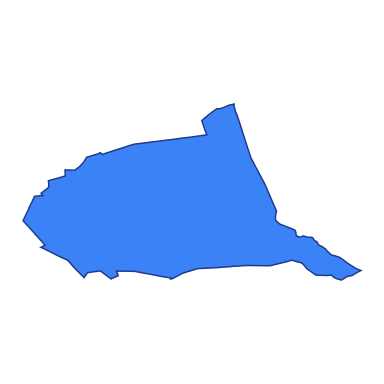 outline of Stružānu pag., Rezeknes, Latvia
{"feature_id": "27541924B41933638404830", "entity_name": "Stružānu pag.", "entity_type": "district", "adm_level": 2, "iso_a3": "LVA", "parent_name": "Latvia", "parent_adm1": "Rezeknes", "projection": "equal_earth", "projection_center": [27.216, 56.721], "detail": "fine", "context": "isolated", "style": "filled", "palette": "blue", "viewbox_px": 384, "rotation_deg": 0, "n_neighbors": 0, "source": "geoboundaries", "source_scale": "gbopen_adm2", "svg_char_len": 4401}
<svg xmlns="http://www.w3.org/2000/svg" viewBox="0 0 384 384"><path d="M234.0,103.9L232.5,104.5L232.4,104.5L231.0,104.7L228.7,105.3L227.1,106.0L226.3,106.4L226.2,106.4L225.6,106.7L225.2,106.9L224.6,107.1L224.0,107.3L223.0,107.7L221.9,108.1L221.3,108.3L220.8,108.4L220.3,108.6L220.0,108.7L219.9,108.7L217.2,108.9L216.6,108.8L208.9,114.5L201.8,120.6L203.3,125.0L204.7,129.4L205.8,132.2L206.9,134.8L195.7,136.4L190.1,137.2L187.5,137.5L185.3,137.7L175.5,139.0L172.9,139.4L168.6,139.9L164.3,140.4L162.9,140.6L152.1,142.0L151.6,142.0L138.2,143.7L134.8,144.1L133.6,144.3L133.3,144.4L132.8,144.5L123.6,147.5L119.5,148.8L117.6,149.4L115.1,150.2L106.6,153.0L106.3,153.1L103.8,153.9L102.2,154.5L102.0,154.3L100.5,152.6L98.1,153.8L95.7,154.5L93.4,155.2L88.6,156.7L86.8,157.1L83.4,162.6L81.7,164.1L80.5,165.8L74.8,170.2L73.8,170.2L68.7,170.0L65.3,169.9L65.1,169.9L65.2,176.0L59.9,177.5L58.2,178.0L54.6,179.0L52.3,179.7L51.7,179.8L50.2,180.2L49.1,180.5L48.7,180.6L48.4,180.7L48.6,182.7L48.7,183.8L48.8,184.8L48.7,185.1L48.5,187.6L46.1,189.4L45.2,190.1L41.3,193.1L41.2,193.1L41.1,193.4L41.1,193.6L42.9,195.5L34.5,196.3L32.4,201.0L31.2,203.3L29.2,207.5L29.0,207.8L28.2,210.0L27.3,211.8L26.7,213.2L25.8,215.0L25.0,216.6L24.3,218.1L23.7,219.3L23.3,220.1L23.3,220.3L23.1,220.7L23.9,221.6L25.4,223.3L26.1,224.1L27.1,225.1L28.2,226.4L28.7,226.9L29.7,228.0L30.6,229.0L32.1,230.7L33.2,231.9L33.9,232.6L34.5,233.4L35.8,234.9L37.6,236.8L40.7,240.3L41.8,241.4L45.0,245.2L43.7,245.9L42.7,246.4L41.4,247.1L40.9,247.3L41.1,247.4L48.4,250.9L54.6,254.1L60.8,257.1L67.6,260.2L74.3,267.7L75.4,268.9L83.2,276.7L83.4,276.9L84.1,277.6L86.6,274.0L87.5,272.8L88.4,272.6L92.0,272.0L99.7,271.0L99.9,271.0L100.3,270.9L104.2,273.8L108.9,277.3L111.0,278.9L111.1,278.7L112.2,278.3L118.2,275.8L116.6,271.1L127.7,271.2L131.9,271.3L133.6,271.3L134.2,271.4L134.4,271.4L134.9,271.4L135.1,271.4L135.5,271.5L139.9,272.4L141.6,272.7L142.7,272.9L143.6,273.1L150.2,274.2L152.2,274.6L152.8,274.7L153.1,274.8L154.2,275.0L154.4,275.0L154.5,275.1L156.6,275.5L157.4,275.7L157.9,275.8L167.1,277.4L171.2,278.1L170.7,279.0L170.9,279.0L171.4,278.9L172.6,278.6L173.7,278.0L175.6,277.0L182.2,273.5L182.4,273.4L182.8,273.2L184.2,272.8L185.4,272.4L188.4,271.4L190.7,270.8L191.2,270.6L192.1,270.3L192.9,270.1L193.8,269.8L195.4,269.4L197.7,268.7L198.1,268.6L206.2,268.2L207.7,268.1L208.3,268.1L208.5,268.1L211.4,267.9L214.4,267.8L215.1,267.7L215.5,267.7L216.6,267.7L217.1,267.7L218.1,267.5L219.3,267.4L220.8,267.3L229.9,266.7L231.6,266.6L232.3,266.3L236.4,266.2L236.9,266.2L237.0,266.2L239.3,266.0L240.0,265.9L240.3,265.9L243.9,265.6L245.7,265.5L247.4,265.5L250.3,265.5L251.5,265.5L255.8,265.6L264.3,265.7L266.6,265.7L268.7,265.7L268.9,265.7L270.5,265.7L275.2,264.5L284.7,262.2L285.8,262.0L289.3,260.9L289.8,260.7L291.7,260.2L291.9,260.2L292.8,260.5L298.6,262.2L301.1,262.7L301.3,263.0L302.4,263.3L302.8,263.9L304.4,265.7L306.8,268.7L315.9,275.1L320.9,275.3L321.0,275.3L323.1,275.4L326.3,275.5L331.6,275.2L333.9,277.4L336.7,278.7L339.7,279.5L341.4,280.1L347.2,276.5L350.5,275.8L351.5,275.7L352.5,275.2L353.1,275.0L354.2,274.2L355.3,273.5L356.0,273.1L361.0,270.5L356.1,268.6L355.6,268.3L350.4,265.0L349.1,264.2L344.3,260.7L342.0,258.9L339.4,257.3L335.6,256.0L331.3,254.9L327.0,250.9L326.3,250.1L325.3,248.8L323.7,247.7L322.9,247.2L321.0,246.0L319.7,245.6L319.4,245.4L318.2,244.4L317.5,242.7L317.0,241.9L316.3,241.4L315.4,241.0L314.8,240.8L314.1,240.1L313.8,239.5L312.8,237.8L311.2,237.3L310.2,237.2L308.0,237.2L306.8,236.9L305.8,236.8L305.4,236.7L304.8,236.4L304.7,236.3L303.4,235.9L300.7,237.0L298.9,236.9L298.3,236.7L297.6,236.4L297.0,235.9L296.4,235.3L295.9,234.2L295.8,233.6L295.9,233.0L296.0,232.5L295.7,231.9L295.4,231.1L295.0,230.4L294.6,230.0L293.9,229.7L293.3,229.4L291.8,228.8L291.1,228.5L290.3,228.1L289.9,228.0L289.5,227.8L289.1,227.7L288.7,227.5L288.3,227.4L288.0,227.3L287.7,227.2L287.3,227.0L286.9,226.8L286.5,226.7L286.2,226.6L285.9,226.4L285.6,226.3L285.0,226.1L284.4,225.9L281.5,224.7L279.9,224.1L278.0,222.6L276.9,221.5L276.3,220.8L275.5,220.0L275.5,215.9L276.5,211.0L273.5,204.2L273.4,204.0L270.6,197.5L267.7,190.7L264.7,183.8L258.7,172.6L255.2,166.0L251.7,159.4L251.2,158.5L248.3,149.9L248.2,149.7L242.2,131.0L242.2,130.9L239.5,122.5L236.5,113.5L236.2,113.6L236.0,112.9L235.4,110.9L235.3,110.6L235.0,109.4L234.7,108.4L234.5,107.9L234.4,107.6L234.3,107.3L234.0,105.8L234.1,104.0L234.0,103.9Z" fill="#3b82f6" stroke="#1e3a8a" stroke-width="1.5"/></svg>